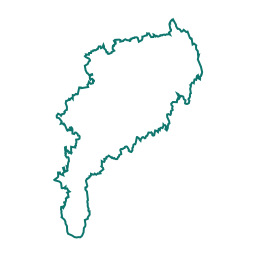 the district of Ballinasloe Lea-6, Galway, Ireland, rotated 75°
{"feature_id": "5873133B97089647818716", "entity_name": "Ballinasloe Lea-6", "entity_type": "district", "adm_level": 2, "iso_a3": "IRL", "parent_name": "Ireland", "parent_adm1": "Galway", "projection": "natural_earth1", "projection_center": [-8.386, 53.453], "detail": "fine", "context": "isolated", "style": "outline", "palette": "teal", "viewbox_px": 256, "rotation_deg": 75, "n_neighbors": 0, "source": "geoboundaries", "source_scale": "gbopen_adm2", "svg_char_len": 5817}
<svg xmlns="http://www.w3.org/2000/svg" viewBox="0 0 256 256"><g transform="rotate(75 128 128)"><path d="M41.3,130.2L43.4,131.6L43.9,133.0L43.9,133.5L42.0,133.5L41.7,135.2L43.9,136.8L43.7,137.3L44.2,137.9L44.5,139.5L44.1,140.1L44.3,140.8L44.0,141.4L44.7,142.0L44.5,143.7L46.0,144.3L45.5,146.2L47.1,146.8L46.1,149.4L46.8,149.3L47.5,151.0L48.6,150.4L51.0,147.6L52.6,147.2L53.2,147.3L53.5,148.5L55.8,150.4L56.7,153.6L61.2,154.0L64.3,153.4L64.7,152.8L66.9,151.8L66.7,148.8L67.4,148.8L67.6,151.4L70.8,152.1L71.8,151.9L71.1,150.5L71.2,149.9L73.4,148.6L74.0,148.9L73.7,149.7L75.7,150.3L75.7,152.5L73.3,153.9L75.4,155.1L75.7,156.0L78.1,155.9L77.4,163.0L76.7,163.0L76.2,164.6L82.2,167.7L82.0,168.2L82.3,168.6L81.6,169.5L82.5,171.4L81.9,172.8L85.5,173.8L84.3,174.3L84.9,176.1L85.3,176.4L84.7,177.3L85.7,177.5L85.4,178.1L86.0,179.7L85.8,180.7L88.0,181.8L91.7,181.5L94.6,182.3L94.8,183.8L95.9,185.3L96.6,185.0L97.7,186.0L97.5,188.1L98.8,189.5L97.7,189.9L96.1,191.8L97.6,193.7L99.5,194.0L100.7,192.0L104.5,190.4L106.5,191.8L106.5,190.3L107.8,189.4L107.3,188.8L108.8,188.2L114.6,187.4L115.0,187.0L114.1,185.9L114.9,185.2L115.3,184.0L112.6,183.9L112.6,182.6L113.9,182.0L115.2,182.1L119.0,183.1L119.9,181.6L118.7,180.2L119.0,179.4L120.6,178.3L122.4,178.2L122.8,177.1L123.6,176.9L125.7,177.6L126.1,178.9L125.8,181.1L128.8,181.6L130.0,182.6L131.5,182.8L131.7,183.7L133.2,184.0L131.4,187.8L136.0,189.0L137.2,188.8L137.9,189.5L136.8,190.4L136.8,191.2L136.1,191.0L134.3,192.0L134.8,192.6L133.9,192.9L133.6,193.7L130.3,192.9L130.4,193.9L133.8,194.5L134.8,194.1L135.4,194.8L136.6,194.6L136.7,195.1L137.4,195.0L138.1,195.5L140.6,194.8L140.7,193.4L141.7,193.1L144.9,193.7L145.7,194.6L150.0,196.4L149.3,197.1L153.3,197.4L153.4,198.4L153.8,198.4L153.9,200.2L149.6,200.1L149.7,201.1L154.1,200.8L154.6,202.2L155.2,202.9L156.9,202.8L154.9,205.4L153.3,205.3L152.9,207.1L156.3,207.8L157.4,208.5L159.0,212.6L159.4,212.5L161.8,208.4L163.0,207.4L164.1,206.9L168.8,207.6L169.2,207.2L169.3,205.0L168.6,203.6L170.4,204.2L170.7,202.4L172.8,202.0L174.3,200.9L174.6,203.5L176.0,203.0L179.2,203.3L179.0,204.4L179.7,204.6L179.6,205.5L180.0,206.3L181.4,206.4L183.8,207.8L183.2,208.8L183.4,209.0L185.8,208.6L188.1,210.8L187.2,210.8L187.9,212.1L187.0,212.2L187.0,213.0L189.3,213.8L191.1,213.7L192.1,214.2L196.3,214.6L196.9,215.3L200.0,213.2L202.2,212.7L204.2,213.1L206.9,212.4L212.4,213.5L214.7,213.2L217.1,210.1L219.5,207.9L220.4,206.1L220.6,204.1L221.2,202.3L220.2,200.3L217.2,197.9L213.2,196.5L211.9,194.8L210.4,194.1L205.7,193.5L205.3,190.3L203.9,190.0L201.8,187.5L198.5,186.7L198.4,187.4L197.9,187.6L197.0,187.6L195.9,186.9L193.4,187.2L190.3,186.4L189.1,186.5L187.9,186.1L187.4,185.4L178.7,184.1L176.5,185.1L174.4,184.6L174.3,184.1L174.6,183.5L173.5,182.3L168.1,182.3L166.6,181.0L166.7,180.3L166.2,179.9L165.8,178.1L164.6,177.7L164.8,176.8L164.1,176.0L162.7,175.6L164.0,173.8L164.1,172.6L163.5,171.9L164.9,170.8L164.0,168.7L164.5,168.4L164.7,166.3L163.2,166.5L161.6,162.5L160.0,162.5L158.1,163.7L157.5,162.9L153.2,161.9L153.9,161.2L154.5,159.7L153.4,158.8L151.8,159.0L151.7,158.2L152.0,156.9L150.6,156.5L150.3,156.0L150.5,155.3L149.7,153.7L152.7,151.4L152.3,151.0L153.7,149.9L153.5,149.0L154.6,148.4L155.2,146.8L155.1,146.3L153.4,145.0L153.3,144.2L151.8,143.4L151.5,141.3L149.6,141.0L147.5,141.2L146.9,140.9L146.5,140.1L147.0,138.6L146.5,138.0L146.4,136.4L145.4,135.7L145.4,134.4L145.9,133.7L149.0,132.8L150.2,133.2L151.6,131.9L151.4,131.2L151.9,130.8L150.9,129.6L148.4,128.9L148.0,128.2L145.5,127.0L145.2,125.9L145.5,125.2L144.4,124.4L139.1,121.8L139.2,121.3L141.0,120.0L142.2,119.9L143.5,119.2L142.2,118.6L140.6,116.4L140.8,115.6L142.3,114.4L142.2,113.8L140.7,112.8L140.2,111.8L140.4,111.4L137.7,109.4L138.4,107.3L138.2,106.6L139.6,105.9L140.8,106.4L141.6,106.0L141.9,105.6L141.8,104.6L137.4,102.4L138.1,101.1L139.7,100.1L136.8,98.6L136.9,98.2L138.1,97.7L136.3,96.6L136.3,95.6L137.0,94.7L135.1,93.2L133.8,92.8L134.6,92.4L134.9,91.4L136.4,90.8L138.9,92.2L140.3,91.2L138.4,89.6L135.6,88.7L135.3,88.1L134.4,87.8L134.2,86.8L132.2,86.5L127.4,87.3L125.1,86.7L125.0,85.5L126.3,83.6L125.0,82.6L123.2,82.4L122.5,81.8L122.6,81.3L122.1,80.1L120.5,80.3L118.6,79.3L117.1,80.1L115.8,80.0L114.5,77.9L115.7,74.1L113.8,73.4L112.0,71.9L113.2,71.5L112.9,70.9L111.1,70.8L107.5,71.5L108.4,70.6L110.4,70.0L110.5,69.1L111.3,69.4L111.0,68.9L111.2,67.5L112.0,66.5L114.6,66.6L116.1,65.3L118.8,66.5L119.4,66.2L120.1,64.7L119.8,62.9L117.5,61.6L116.0,62.2L115.2,61.8L115.0,61.0L113.8,60.0L112.1,59.7L110.8,58.9L110.7,58.3L106.2,57.8L103.9,56.4L103.1,56.6L103.2,56.3L101.8,55.5L100.8,54.4L101.1,53.1L101.6,52.8L98.4,51.3L98.3,50.9L99.1,49.7L95.5,47.9L95.1,46.8L96.4,46.9L97.8,47.6L99.6,45.8L96.9,45.0L96.8,44.2L95.4,43.4L95.5,43.1L93.2,41.9L87.8,41.7L79.7,42.8L75.9,40.7L76.1,41.5L71.8,40.7L69.6,41.7L67.3,41.4L65.9,40.7L63.6,42.4L64.1,44.0L58.1,43.4L57.5,44.0L57.8,44.4L57.0,44.9L50.3,45.5L50.4,46.9L47.6,48.8L48.7,50.4L48.7,51.5L46.2,52.4L45.0,53.8L45.0,54.4L42.3,55.2L40.5,55.0L34.8,56.4L35.4,57.2L34.9,57.5L35.5,58.6L37.1,60.3L38.3,60.3L38.4,61.1L43.3,61.5L43.9,61.0L45.2,61.3L46.4,63.7L48.7,63.3L47.8,64.3L47.9,65.4L47.5,66.6L47.8,68.0L47.2,68.7L47.0,70.3L47.4,71.2L46.8,72.0L46.8,72.8L47.3,73.0L47.5,75.4L46.4,76.5L46.8,77.6L44.8,78.5L44.4,79.0L45.2,79.0L46.7,79.9L46.2,82.1L42.0,83.4L42.2,84.3L41.6,85.0L43.4,85.8L43.3,88.1L43.7,89.7L43.5,90.5L45.7,91.1L46.7,92.0L47.5,95.2L43.5,95.3L42.7,96.0L42.2,98.2L42.7,98.7L42.3,99.9L42.7,100.5L42.5,101.7L43.1,102.0L43.0,102.8L44.4,103.3L44.4,103.9L43.5,104.3L43.0,106.1L41.6,107.7L42.2,109.8L42.7,110.1L42.6,113.1L41.1,112.6L40.4,113.5L39.5,117.7L40.1,119.0L42.1,118.5L40.8,117.6L43.3,118.0L44.0,119.9L44.6,119.9L45.2,120.5L44.8,121.3L46.4,122.0L47.8,122.3L49.8,121.3L50.4,124.1L51.1,124.4L51.5,127.4L51.0,128.3L49.4,128.2L49.3,129.2L46.8,129.3L44.9,130.5L42.9,130.0L41.3,130.2Z" fill="none" stroke="#0f766e" stroke-width="2"/></g></svg>